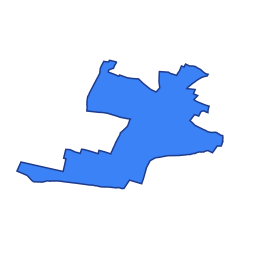 Kaua, Yucatán, Mexico, rotated 16°
{"feature_id": "50627088B46621224657195", "entity_name": "Kaua", "entity_type": "district", "adm_level": 2, "iso_a3": "MEX", "parent_name": "Mexico", "parent_adm1": "Yucatán", "projection": "mercator", "projection_center": [-88.435, 20.599], "detail": "fine", "context": "isolated", "style": "filled", "palette": "blue", "viewbox_px": 256, "rotation_deg": 16, "n_neighbors": 0, "source": "geoboundaries", "source_scale": "gbopen_adm2", "svg_char_len": 4907}
<svg xmlns="http://www.w3.org/2000/svg" viewBox="0 0 256 256"><g transform="rotate(16 128 128)"><path d="M190.2,54.3L188.4,54.4L186.0,53.9L184.1,53.0L182.9,52.4L182.2,52.0L181.3,51.7L180.2,51.5L179.4,51.3L177.9,51.0L176.3,50.5L175.6,50.3L174.9,50.5L173.9,50.5L172.4,50.7L171.5,51.0L170.6,51.4L168.0,51.1L165.7,50.7L165.1,53.9L162.3,53.6L162.2,54.0L162.2,54.4L161.9,57.4L161.6,59.5L160.6,61.9L160.4,64.0L153.3,63.8L151.5,63.2L142.6,65.1L144.1,71.5L144.6,73.0L144.9,74.6L147.5,80.7L147.0,81.7L145.1,85.6L139.2,84.7L130.2,80.9L124.6,77.9L119.6,79.0L116.9,79.5L116.5,79.5L113.5,79.9L110.0,79.7L105.3,79.4L104.9,80.8L100.3,80.2L93.7,79.7L93.4,78.9L93.4,78.1L93.7,77.5L94.5,76.7L95.4,76.0L95.9,75.7L96.4,75.4L97.0,74.9L97.6,74.6L97.8,72.6L97.9,71.5L98.4,70.0L98.6,69.3L98.8,68.1L98.4,67.7L94.2,67.9L92.5,67.9L91.4,68.2L91.3,68.5L91.4,69.1L91.2,69.6L89.9,70.2L86.4,70.6L85.2,76.1L85.0,77.9L85.0,78.8L85.8,83.3L81.3,104.8L81.2,106.5L81.0,107.4L80.9,107.9L80.8,108.1L80.7,108.7L80.6,109.2L80.7,109.6L80.8,110.0L80.8,110.4L80.8,110.5L80.9,111.4L81.2,113.2L81.2,113.6L81.6,115.1L81.8,115.7L82.0,116.7L82.2,117.2L82.4,117.8L82.6,118.3L82.9,118.9L83.2,120.0L83.3,120.8L83.6,122.5L83.7,123.0L96.6,120.8L98.2,120.3L100.8,119.9L103.3,119.6L103.6,119.6L104.0,119.6L104.6,119.4L105.0,119.4L105.3,119.5L106.1,119.5L106.6,119.5L107.1,119.6L107.8,119.4L108.7,119.6L109.4,119.6L110.2,119.6L110.8,119.6L111.3,119.6L111.7,119.6L112.1,119.6L112.8,119.6L113.6,119.6L113.9,119.6L114.2,119.7L114.6,119.6L115.3,119.7L116.8,119.8L117.0,119.8L117.6,119.8L118.1,119.8L118.7,119.7L119.5,119.7L120.1,119.7L120.7,119.5L121.5,119.4L121.9,119.5L122.9,119.4L123.8,119.2L124.1,119.3L124.9,119.2L125.4,119.1L125.7,119.1L126.5,118.9L126.8,119.0L127.2,118.9L127.8,118.8L127.7,119.2L127.5,119.8L127.4,121.0L127.4,121.5L127.4,122.0L127.4,122.4L127.3,123.2L127.3,124.0L127.2,124.8L127.2,125.1L127.0,125.9L127.0,126.4L126.5,127.5L126.2,128.0L125.7,128.8L125.5,129.2L125.2,129.7L124.9,130.1L124.6,130.6L124.4,131.0L124.2,131.4L124.1,131.7L124.0,131.8L123.7,132.1L123.4,132.6L123.2,133.0L122.7,133.8L122.6,134.0L122.3,134.3L122.1,134.6L122.0,134.9L122.0,135.1L122.1,136.1L122.1,136.4L122.0,137.0L121.9,138.0L121.7,138.4L121.6,139.0L121.4,139.5L121.3,140.6L121.1,141.2L120.9,141.7L121.0,142.1L120.9,142.4L120.8,142.8L120.7,143.3L120.5,144.2L120.2,145.1L120.2,145.7L120.1,146.1L120.1,146.4L120.0,147.6L119.9,148.1L119.9,148.5L119.7,149.4L119.6,150.3L119.5,150.7L119.4,151.1L119.3,151.7L119.2,152.2L119.2,152.8L119.0,154.4L118.7,155.9L118.6,157.6L118.0,157.6L116.2,157.5L115.9,157.5L114.0,157.5L113.7,157.4L112.5,157.4L111.5,157.4L110.5,157.4L106.3,157.5L106.3,158.1L106.4,160.9L101.0,160.8L97.0,160.7L91.8,160.8L89.3,161.1L89.2,161.4L89.2,163.1L89.1,164.6L89.0,165.6L86.1,165.5L84.1,165.7L82.1,165.3L78.1,164.8L76.2,165.2L74.1,165.7L74.5,174.8L76.9,174.8L77.0,176.9L77.0,178.0L77.2,179.7L77.6,187.7L55.8,189.0L34.5,190.2L34.4,191.1L34.1,193.3L33.7,195.6L33.7,195.8L33.5,197.5L33.1,200.0L44.1,201.4L50.3,205.1L52.2,205.7L60.6,203.6L63.1,202.2L64.8,201.1L66.3,200.8L67.5,200.7L68.8,200.1L74.9,198.3L78.8,197.6L81.2,197.3L83.0,197.0L90.1,195.9L94.1,195.2L95.1,195.1L96.4,194.8L96.6,194.9L98.4,194.6L107.4,193.3L108.9,192.8L112.6,192.5L113.6,192.2L117.5,192.1L120.1,191.6L125.5,190.1L133.1,188.8L135.5,187.8L139.1,187.9L140.1,187.3L140.8,187.2L143.8,177.7L155.9,177.8L156.5,177.8L156.5,177.1L156.8,172.0L156.7,160.8L158.3,153.3L162.4,149.2L167.6,146.8L170.1,145.5L174.0,143.6L184.2,140.5L191.1,137.8L192.1,137.3L194.3,136.5L194.9,136.4L195.3,136.3L196.0,135.7L196.5,135.4L197.0,135.1L197.6,134.7L197.9,134.4L198.5,134.2L199.3,134.2L200.1,133.5L200.4,133.1L201.1,132.6L203.1,131.4L203.3,131.3L204.1,131.1L204.5,131.1L204.8,131.0L205.3,130.9L205.7,130.6L206.0,130.5L206.3,130.4L207.1,130.3L207.3,130.2L207.6,130.1L207.8,129.8L208.1,129.5L208.6,129.0L209.2,128.7L209.5,128.4L209.8,128.2L211.2,127.7L216.0,128.5L218.7,120.8L222.6,119.6L222.9,114.7L222.5,114.7L222.4,114.1L222.3,113.6L222.3,113.2L222.2,112.7L222.1,111.9L221.9,111.2L221.8,110.9L221.6,110.4L221.5,110.1L221.2,109.5L221.1,109.2L220.6,109.2L219.7,109.4L219.1,109.3L218.8,109.3L218.2,109.1L217.8,108.8L217.4,108.8L217.1,108.8L215.6,108.3L215.1,108.2L214.7,108.0L214.2,107.9L213.8,107.9L213.4,108.0L213.0,108.1L212.2,108.3L211.7,108.5L211.0,108.7L210.8,108.8L210.3,109.1L209.8,109.2L209.7,109.3L205.6,109.6L202.6,108.8L201.7,108.8L191.7,107.0L188.5,105.2L185.5,103.8L188.3,96.8L192.7,97.0L193.5,92.6L194.3,91.5L195.6,90.9L197.0,90.6L198.1,91.0L199.4,91.2L200.6,91.2L200.2,89.7L200.0,88.8L200.0,87.8L199.9,86.9L199.9,85.5L200.0,84.7L196.5,84.6L194.0,84.4L191.4,84.1L189.2,83.9L188.2,83.8L185.6,83.3L183.5,82.6L185.5,78.8L185.8,78.3L185.9,78.0L186.0,77.9L186.1,77.6L182.2,77.2L181.5,77.1L182.0,72.5L173.7,73.9L174.1,72.6L175.2,71.2L176.1,69.9L177.1,68.3L178.5,66.5L179.7,65.0L181.4,62.7L183.2,60.8L184.9,59.1L187.1,57.5L189.8,56.1L190.2,54.3Z" fill="#3b82f6" stroke="#1e3a8a" stroke-width="1.5"/></g></svg>